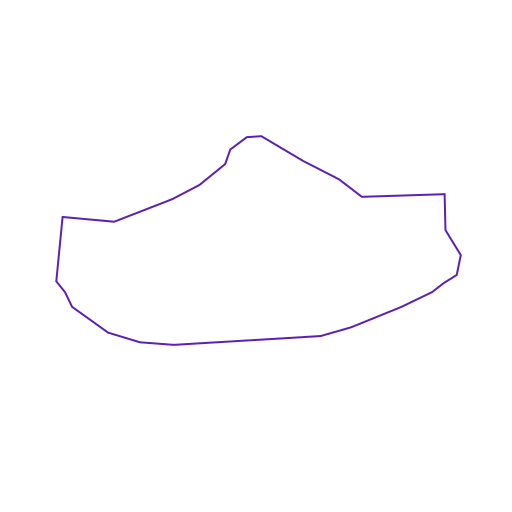 SVG path tracing the border of Borovnica, rotated 290°
{"feature_id": "SVN-937", "entity_name": "Borovnica", "entity_type": "Municipality", "adm_level": 1, "iso_a3": "SVN", "parent_name": "Slovenia", "parent_adm1": "", "projection": "natural_earth1", "projection_center": [14.381, 45.913], "detail": "fine", "context": "isolated", "style": "outline", "palette": "violet", "viewbox_px": 512, "rotation_deg": 290, "n_neighbors": 0, "source": "natural_earth", "source_scale": "10m", "svg_char_len": 487}
<svg xmlns="http://www.w3.org/2000/svg" viewBox="0 0 512 512"><g transform="rotate(290 256 256)"><path d="M306.9,451.1L294.5,441.5L282.3,433.8L257.8,409.9L221.5,369.7L202.9,344.1L144.4,209.2L135.2,176.4L133.4,143.2L145.3,100.6L156.7,88.9L163.9,77.0L226.5,60.9L239.7,111.0L280.9,158.0L303.6,178.7L331.9,195.6L347.3,195.4L364.5,206.7L370.4,220.0L361.4,268.0L356.4,307.9L347.8,335.2L378.6,412.1L345.1,425.2L326.9,448.1L306.9,451.1Z" fill="none" stroke="#5b21b6" stroke-width="2"/></g></svg>